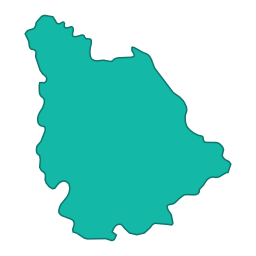 SVG path tracing the border of Vienne
{"feature_id": "FRA-5354", "entity_name": "Vienne", "entity_type": "Metropolitan department", "adm_level": 1, "iso_a3": "FRA", "parent_name": "France", "parent_adm1": "", "projection": "equal_earth", "projection_center": [0.44, 46.607], "detail": "fine", "context": "isolated", "style": "filled", "palette": "teal", "viewbox_px": 256, "rotation_deg": 0, "n_neighbors": 0, "source": "natural_earth", "source_scale": "10m", "svg_char_len": 3107}
<svg xmlns="http://www.w3.org/2000/svg" viewBox="0 0 256 256"><path d="M168.0,224.4L155.5,223.3L153.9,223.6L152.3,224.8L149.7,228.1L144.3,233.0L136.9,234.7L129.5,233.0L124.2,227.9L122.7,225.8L121.1,224.5L119.1,224.2L116.7,224.9L115.3,226.1L114.0,227.9L112.1,231.9L116.4,235.0L114.3,239.6L111.9,240.6L105.7,238.6L87.3,238.9L84.1,238.0L77.0,233.2L73.1,232.0L72.7,229.8L73.2,227.7L73.9,225.7L74.3,223.6L73.4,220.7L71.3,219.2L62.5,215.9L60.5,214.7L59.1,213.0L58.8,211.6L58.9,210.1L59.6,207.2L61.0,204.3L66.7,197.3L68.9,193.3L69.9,188.4L69.0,183.9L65.8,181.2L62.6,181.1L59.7,182.5L57.2,185.0L55.1,188.0L52.5,188.8L49.1,186.6L46.2,183.0L45.1,179.6L45.5,175.5L45.2,174.2L44.5,172.9L41.5,170.6L39.7,167.4L40.3,159.9L39.8,156.2L39.1,155.2L37.4,153.7L36.8,152.6L36.5,151.3L36.4,149.9L36.7,147.2L37.4,145.5L40.9,141.6L44.9,131.5L45.2,129.8L45.1,127.8L44.4,126.7L40.6,125.6L39.5,124.8L38.6,123.7L38.0,122.3L37.6,118.9L38.3,115.5L39.7,112.4L42.5,108.1L44.1,103.6L44.4,101.4L44.2,99.5L43.4,98.2L41.0,96.2L39.8,94.2L39.4,91.6L39.2,86.1L39.7,82.7L41.8,82.5L44.4,82.8L46.3,81.2L46.7,78.2L45.9,76.5L42.7,73.9L40.2,70.3L35.8,57.1L35.7,55.2L36.0,53.6L36.0,52.1L35.2,50.5L34.1,49.7L31.5,49.2L30.5,48.6L29.5,46.9L28.7,41.2L25.2,33.8L25.8,32.8L26.6,31.7L28.0,30.4L32.3,29.1L34.1,28.4L35.3,26.4L35.8,24.9L36.0,23.4L36.6,22.0L41.8,16.2L44.6,15.4L52.9,16.8L54.5,19.4L55.4,20.6L56.1,22.1L56.9,23.2L58.1,23.9L60.0,23.6L62.6,22.1L63.7,22.1L64.5,23.4L64.4,24.6L64.2,25.9L64.5,27.0L65.5,27.9L67.6,27.8L71.2,26.7L72.6,27.2L73.2,28.7L73.3,30.3L73.0,31.8L72.6,33.3L72.4,34.6L72.6,35.8L73.8,36.6L76.0,36.6L78.1,36.2L81.6,35.0L82.9,35.0L84.0,35.6L85.0,37.8L86.0,38.7L89.3,39.0L90.6,39.2L91.2,40.2L91.4,41.3L91.2,43.9L90.2,48.0L89.9,51.8L90.1,54.8L90.4,56.3L90.8,57.7L91.9,59.2L93.7,60.3L96.6,60.9L103.5,60.2L110.6,61.5L112.2,61.0L113.3,60.1L114.3,59.1L115.5,58.5L118.4,57.8L130.9,57.3L132.4,57.0L133.8,56.4L134.1,55.7L134.2,55.0L134.0,54.3L133.7,53.6L133.4,53.0L133.0,52.4L132.6,51.8L132.2,51.2L132.0,50.5L131.9,49.0L131.9,48.3L131.8,47.7L132.0,47.5L132.4,47.1L134.3,47.6L143.0,52.5L146.3,53.8L148.0,54.8L149.6,56.3L151.3,59.4L154.6,68.1L173.2,92.6L179.9,97.3L181.0,98.5L183.2,100.8L184.4,102.7L186.2,106.5L186.7,108.9L186.7,110.8L186.3,112.2L185.8,113.5L185.4,114.7L185.2,116.1L185.2,120.1L185.6,122.9L186.6,126.0L187.9,127.9L189.8,130.0L193.5,132.9L197.8,135.1L201.1,135.9L202.1,136.3L203.0,137.2L203.5,140.4L204.2,141.7L206.1,142.4L215.9,142.5L217.5,142.8L219.0,143.5L220.4,144.5L221.5,145.7L222.5,147.0L223.1,148.2L223.5,149.4L223.5,149.9L222.3,154.8L222.5,156.7L224.2,158.8L225.8,160.0L228.9,161.5L230.8,164.1L228.0,172.5L226.3,172.6L219.2,176.8L217.1,177.4L215.3,177.4L213.8,177.0L212.3,177.1L210.8,177.4L209.2,178.1L207.6,179.2L206.1,180.9L204.3,183.7L203.0,185.7L200.9,187.7L199.8,188.9L199.2,190.5L199.2,191.8L198.8,192.7L198.1,193.6L196.3,194.5L194.8,194.8L186.0,194.6L184.6,194.8L183.0,195.6L179.2,198.6L175.1,202.6L173.7,203.5L172.1,204.1L168.9,204.6L167.7,205.3L167.0,206.8L168.0,209.9L169.2,211.8L170.5,213.5L171.3,215.1L172.9,223.0L172.5,224.1L171.7,224.9L168.0,224.4Z" fill="#14b8a6" stroke="#0f766e" stroke-width="1.5"/></svg>